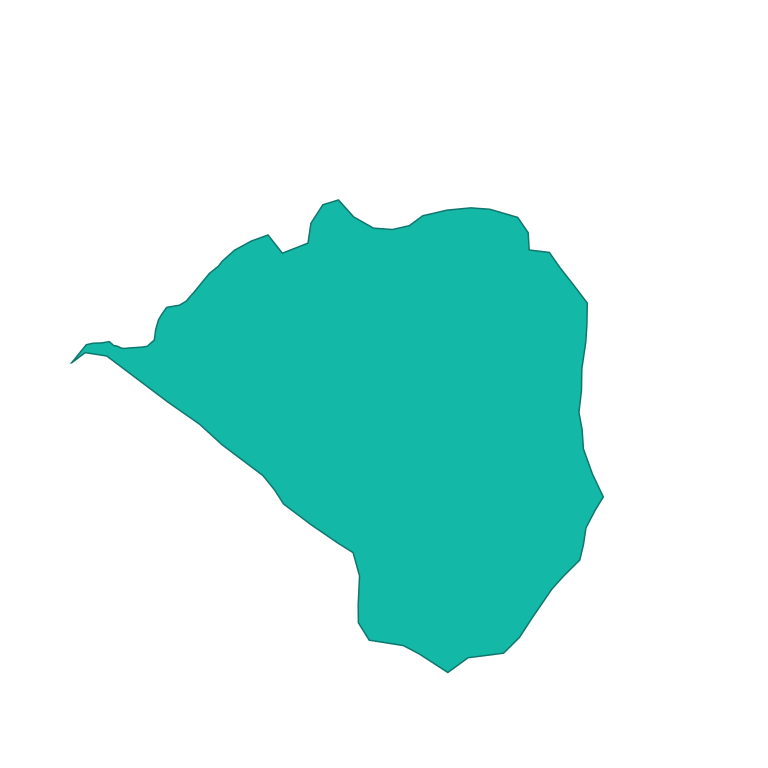 Achna, Cyprus (Equal Earth projection), rotated 127°
{"feature_id": "46923920B60375545574895", "entity_name": "Achna", "entity_type": "district", "adm_level": 2, "iso_a3": "CYP", "parent_name": "Cyprus", "parent_adm1": "", "projection": "equal_earth", "projection_center": [33.796, 35.043], "detail": "fine", "context": "isolated", "style": "filled", "palette": "teal", "viewbox_px": 768, "rotation_deg": 127, "n_neighbors": 0, "source": "geoboundaries", "source_scale": "gbopen_adm2", "svg_char_len": 1419}
<svg xmlns="http://www.w3.org/2000/svg" viewBox="0 0 768 768"><g transform="rotate(127 384 384)"><path d="M342.2,140.9L330.5,163.3L315.8,185.7L301.1,198.4L289.4,211.2L270.3,222.4L252.7,235.2L229.2,248.0L214.6,257.6L197.0,270.4L193.1,284.2L191.1,291.2L185.2,313.5L179.4,331.1L189.6,348.7L176.4,359.9L170.5,377.5L180.8,404.7L191.1,420.7L207.2,438.3L226.3,454.3L242.4,459.1L255.6,470.3L265.9,486.3L268.8,508.7L264.4,531.1L277.6,540.7L299.6,539.1L317.2,529.5L340.7,543.9L334.8,566.3L349.5,575.9L367.1,583.9L372.8,585.0L383.3,587.1L385.9,587.1L389.5,587.1L400.6,590.0L412.8,590.5L425.8,591.0L427.8,591.2L431.0,591.5L436.8,591.8L444.2,594.8L453.0,603.2L454.0,603.7L462.3,603.4L468.5,602.7L474.8,600.3L478.5,598.8L487.1,593.9L491.8,594.9L496.3,595.7L500.3,599.6L501.6,601.1L509.2,609.9L510.5,611.2L512.3,613.4L513.3,615.2L514.5,620.4L516.0,622.7L515.9,623.7L515.5,628.9L521.0,634.1L526.6,641.0L531.8,645.4L537.6,645.6L539.9,645.7L549.2,646.0L555.1,646.3L555.0,646.2L542.2,642.5L538.8,641.5L528.5,622.3L528.5,591.9L528.5,574.3L528.5,545.5L527.1,507.1L530.0,476.7L530.0,452.7L530.0,425.5L534.4,407.9L540.3,391.9L540.3,358.3L538.8,324.7L537.3,307.2L552.0,288.0L575.5,272.0L590.1,260.8L597.5,241.6L581.3,211.2L578.4,193.6L576.0,159.4L552.0,152.1L527.0,126.5L505.0,123.3L481.6,124.9L446.4,126.5L428.8,124.9L406.8,121.7L392.1,128.1L377.4,136.1L358.3,139.3L342.2,140.9Z" fill="#14b8a6" stroke="#0f766e" stroke-width="1.5"/></g></svg>